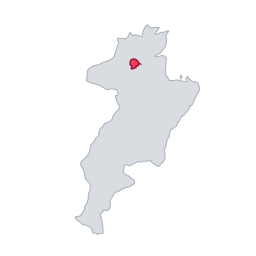 Suan, Hwanghae-bukto, North Korea (highlighted), rotated 159°
{"feature_id": "82179303B93868129225348", "entity_name": "Suan", "entity_type": "district", "adm_level": 2, "iso_a3": "PRK", "parent_name": "North Korea", "parent_adm1": "Hwanghae-bukto", "projection": "mercator", "projection_center": [126.384, 38.673], "detail": "fine", "context": "in_parent", "style": "filled", "palette": "rose", "viewbox_px": 256, "rotation_deg": 159, "n_neighbors": 0, "source": "geoboundaries", "source_scale": "gbopen_adm2", "svg_char_len": 3990}
<svg xmlns="http://www.w3.org/2000/svg" viewBox="0 0 256 256"><g transform="rotate(159 128 128)"><path d="M150.1,187.7L149.2,188.2L147.6,191.0L146.2,194.5L144.8,196.4L143.2,197.4L141.4,198.0L138.0,198.3L134.9,198.1L133.9,197.7L129.6,197.9L128.4,198.2L122.2,197.9L119.0,198.2L117.0,198.8L114.9,200.3L113.1,202.4L111.5,204.7L108.3,208.8L106.1,210.9L106.1,213.8L106.0,214.7L105.2,215.3L105.0,215.0L103.7,214.8L98.4,212.1L94.1,213.7L93.0,215.9L91.9,216.5L90.2,212.4L87.4,212.3L82.9,208.6L81.0,209.4L80.6,210.8L78.1,214.2L74.7,216.9L73.6,217.3L72.4,217.1L72.5,216.4L71.1,213.3L65.8,212.0L63.8,210.7L62.8,210.4L68.1,206.9L69.5,206.3L68.5,205.5L67.3,205.1L63.0,205.6L60.7,204.5L57.5,204.8L55.2,203.9L59.9,200.5L60.1,198.5L60.1,197.0L62.5,192.4L64.9,189.9L71.1,186.3L73.8,185.8L75.8,185.9L77.4,185.6L75.7,184.2L74.1,183.6L70.8,183.7L67.5,181.7L67.2,179.5L73.7,165.6L73.8,164.4L72.8,161.0L72.4,157.7L67.8,155.8L65.7,155.6L59.7,151.8L57.3,150.0L56.4,150.5L56.2,153.5L55.4,154.2L53.8,154.7L53.0,151.3L51.7,148.9L47.8,146.4L46.4,145.0L47.0,142.0L46.7,141.7L47.3,138.3L49.8,135.7L55.7,131.1L57.3,128.9L60.3,126.3L61.6,126.4L63.1,126.2L63.5,125.0L63.8,124.2L65.0,123.4L67.9,121.9L71.2,120.1L73.9,119.5L77.1,116.7L78.4,115.5L79.8,115.5L80.1,114.9L80.9,113.5L81.9,112.5L83.3,112.3L85.7,111.6L88.6,111.2L90.6,108.8L91.3,107.2L92.6,105.3L95.4,103.3L97.4,100.2L99.5,97.0L100.5,95.9L101.5,95.7L102.1,94.5L102.8,91.0L103.8,87.6L104.4,86.0L106.9,84.2L107.5,83.4L108.0,83.1L109.2,83.3L110.7,82.3L112.2,81.1L113.5,81.5L114.8,82.5L116.2,84.4L116.9,85.9L118.0,87.1L118.2,89.0L119.3,89.8L121.6,90.1L125.5,91.4L128.0,91.5L129.4,92.4L132.4,92.9L138.3,92.2L140.8,92.6L141.8,93.7L143.3,94.6L144.3,94.7L145.6,93.1L147.0,90.6L147.9,88.7L147.9,87.1L147.1,85.5L145.1,83.9L143.8,81.6L142.6,79.1L141.9,78.3L141.3,77.1L141.2,75.2L141.6,74.0L144.5,73.2L148.3,72.7L151.4,73.2L156.6,72.8L159.7,72.2L162.1,72.3L164.2,72.2L165.2,71.2L168.2,68.6L169.6,67.7L171.2,66.0L171.5,64.2L171.8,62.7L172.7,61.1L174.3,59.2L175.6,58.3L177.1,58.4L178.7,59.3L179.7,60.2L180.8,59.9L181.7,58.4L182.4,58.1L184.2,58.0L184.7,57.0L185.4,52.5L186.1,49.0L186.3,46.5L187.9,42.3L188.4,39.9L189.3,38.7L190.4,38.8L191.3,39.5L192.5,39.9L194.1,39.5L195.2,40.2L195.8,41.5L198.1,42.4L198.4,43.1L198.3,47.6L199.6,49.7L201.2,51.6L203.5,53.3L204.8,53.7L205.5,54.9L206.2,57.0L207.9,59.1L208.7,60.6L208.9,62.2L209.6,63.1L208.3,64.0L206.6,63.4L203.7,63.1L200.0,66.1L198.0,67.2L196.6,70.2L193.7,72.0L192.1,73.9L190.1,77.1L188.8,80.3L185.7,83.5L183.9,87.6L183.8,91.0L185.7,94.6L185.9,97.6L184.5,103.7L185.3,110.3L184.4,112.8L175.0,117.3L172.5,119.5L169.0,125.3L164.8,127.4L162.1,129.8L158.5,131.1L156.2,135.2L153.6,137.5L150.5,138.8L148.3,140.6L143.2,140.7L139.6,142.0L137.0,145.3L129.3,149.2L128.2,152.1L128.8,156.5L128.8,159.9L128.1,162.7L126.4,161.9L125.5,162.8L124.5,165.4L124.8,168.3L127.5,169.3L129.6,170.5L132.7,171.1L134.9,172.4L139.7,178.6L143.6,181.3L144.6,182.3L146.8,183.7L148.9,185.8L150.1,187.7ZM60.7,157.4L59.2,158.3L59.2,156.6L60.3,155.2L61.4,155.0L60.7,157.4Z" fill="#d9dde1" stroke="#a8b0b8" stroke-width="1"/><path d="M103.1,181.8L103.1,181.7L102.1,181.8L101.3,181.6L100.9,181.5L100.4,181.6L100.0,181.7L99.5,181.6L99.2,181.5L98.9,181.6L98.7,182.1L98.6,182.4L98.5,182.7L98.1,183.1L97.7,183.0L97.3,182.8L96.8,182.5L96.5,182.4L96.2,182.6L95.9,182.9L95.9,183.1L95.7,183.5L95.4,183.8L95.0,183.8L94.5,183.8L94.2,183.6L93.7,183.4L93.8,183.6L93.9,183.8L94.0,184.0L94.4,184.5L94.5,184.7L94.6,185.3L94.9,185.8L95.0,186.4L95.0,187.0L95.1,187.5L95.4,188.0L95.7,188.5L96.1,188.9L96.5,189.4L97.0,189.5L97.4,190.0L97.5,190.2L97.8,190.3L98.0,190.5L98.4,190.5L99.0,190.5L99.4,190.4L100.1,190.6L100.4,190.5L100.6,190.3L101.1,190.2L101.5,189.8L101.7,189.5L101.9,189.2L102.2,188.8L102.5,188.3L102.7,187.9L102.8,187.5L103.0,187.1L102.9,187.1L103.0,186.7L103.3,186.3L103.0,185.9L102.6,185.5L102.2,185.2L102.0,184.7L102.3,184.0L102.6,183.7L103.1,183.2L103.3,183.0L103.5,182.7L103.4,182.2L103.2,181.9L103.1,181.8Z" fill="#f43f5e" stroke="#9f1239" stroke-width="1.5"/></g></svg>